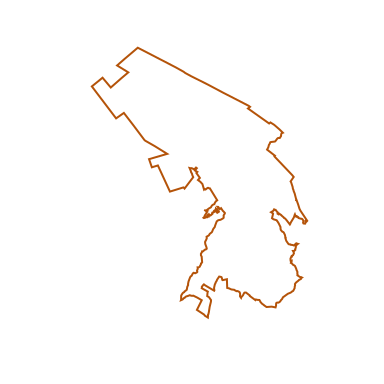 the district of Zarnesti, Buzau, Romania, rotated 206°
{"feature_id": "2599482B98945764171104", "entity_name": "Zarnesti", "entity_type": "district", "adm_level": 2, "iso_a3": "ROU", "parent_name": "Romania", "parent_adm1": "Buzau", "projection": "albers", "projection_center": [26.866, 45.322], "detail": "fine", "context": "isolated", "style": "outline", "palette": "amber", "viewbox_px": 384, "rotation_deg": 206, "n_neighbors": 0, "source": "geoboundaries", "source_scale": "gbopen_adm2", "svg_char_len": 5937}
<svg xmlns="http://www.w3.org/2000/svg" viewBox="0 0 384 384"><g transform="rotate(206 192 192)"><path d="M304.0,297.9L311.0,281.9L314.8,272.9L301.7,271.6L305.4,263.2L310.8,250.3L322.5,255.5L328.3,243.0L292.5,224.9L287.9,233.2L274.4,226.5L257.6,217.9L256.5,217.6L245.6,216.9L231.0,215.4L245.0,202.7L238.9,196.6L234.3,200.9L212.0,182.7L201.9,192.2L201.6,192.4L200.2,191.8L197.4,205.9L198.8,207.0L200.1,208.5L201.5,209.4L202.3,210.4L204.7,212.5L203.8,212.7L202.7,213.3L200.6,213.3L199.5,214.3L199.1,215.7L198.1,215.5L198.8,212.6L196.0,212.4L196.4,211.0L191.1,208.1L191.9,205.4L188.9,204.8L186.1,203.7L182.2,199.4L181.8,200.3L180.9,200.2L180.8,200.4L180.0,202.1L179.7,202.6L179.0,202.9L178.0,202.8L177.5,203.1L165.7,195.6L166.5,194.0L166.7,192.1L166.6,190.9L167.7,189.6L168.2,188.4L168.3,186.5L169.6,184.6L171.2,181.4L172.2,181.3L172.2,181.2L170.8,181.2L170.0,181.4L170.4,180.6L169.7,180.1L170.2,176.6L170.0,174.9L170.4,173.9L169.9,173.8L169.6,174.0L169.3,174.5L168.7,174.8L167.9,176.4L167.7,176.0L167.3,175.9L167.1,176.1L167.2,176.4L168.0,176.7L167.9,177.3L167.5,177.0L167.1,177.0L167.1,177.3L167.5,178.7L167.0,178.1L166.8,177.5L166.6,177.5L167.3,178.7L167.0,178.8L167.0,179.4L166.8,179.3L166.6,178.3L166.3,177.7L165.1,179.5L164.9,179.4L164.1,181.2L164.7,181.8L164.7,182.2L164.3,182.3L164.3,182.7L163.9,182.9L163.5,183.5L163.9,183.8L164.0,184.5L163.9,184.8L163.7,185.2L163.1,185.0L161.7,184.9L161.6,185.1L160.2,184.4L159.7,185.2L159.4,185.7L159.6,185.8L159.4,186.2L159.6,186.3L159.9,186.4L160.3,185.2L162.5,186.2L162.9,186.7L161.5,186.1L161.2,186.1L161.1,186.6L162.2,187.1L162.9,187.2L163.0,186.9L163.1,187.0L163.3,187.6L161.8,187.1L161.2,188.3L160.9,188.8L160.8,189.1L162.4,189.9L161.9,190.1L161.1,189.7L160.9,189.3L160.3,189.3L159.5,188.8L158.8,190.2L156.1,188.6L155.0,188.3L153.2,187.5L153.1,186.7L153.3,185.4L153.3,184.8L152.4,183.1L152.3,182.5L152.8,181.5L154.2,179.5L155.5,178.6L156.2,177.9L156.9,176.4L156.5,172.1L156.2,170.4L156.6,168.7L156.7,167.7L156.5,164.9L156.7,164.2L157.7,162.2L157.8,160.6L158.0,160.1L159.3,158.2L158.5,157.0L158.4,156.7L158.3,154.7L158.4,153.3L158.3,152.7L157.2,151.0L154.7,148.6L153.9,147.5L154.4,146.4L155.0,146.0L156.3,143.2L156.9,143.0L156.7,142.3L156.9,140.4L156.2,139.0L155.0,138.2L152.1,133.3L152.3,132.1L152.6,131.7L152.2,130.6L152.4,129.5L152.3,128.3L152.9,127.3L153.3,126.9L153.9,126.7L153.1,125.3L153.1,123.7L152.3,122.7L152.2,122.4L152.4,121.8L153.6,120.3L155.0,120.2L155.4,119.6L155.6,118.5L155.6,116.6L156.2,115.5L156.3,114.4L155.9,110.1L155.2,107.4L154.7,106.8L154.7,104.8L153.9,102.0L153.9,101.6L155.1,99.3L155.1,98.6L155.8,97.6L156.1,96.6L156.3,94.4L156.2,93.9L154.6,90.5L154.5,89.9L153.4,91.2L153.2,91.6L152.9,92.9L152.2,93.7L152.0,94.6L151.5,95.5L149.9,97.0L148.7,98.3L147.9,98.3L146.4,98.7L145.4,99.4L141.0,99.4L135.8,99.0L135.9,88.2L127.3,87.1L126.3,86.5L122.7,86.1L123.8,88.8L123.7,89.3L124.2,91.4L125.8,96.6L126.9,101.7L127.5,103.2L130.6,104.9L132.7,105.1L133.9,108.3L134.1,109.4L141.1,109.8L141.2,110.5L141.6,111.1L141.2,113.1L140.8,114.2L139.5,113.9L128.8,113.0L128.8,113.5L129.6,114.5L130.2,115.7L131.0,119.1L130.9,120.0L131.1,121.2L130.9,122.8L131.0,124.3L130.5,127.9L129.1,128.3L128.2,128.4L127.3,127.6L126.5,126.6L126.1,126.2L125.8,126.2L122.4,128.9L118.3,121.2L116.1,121.7L115.2,121.6L113.8,121.7L111.2,122.6L110.4,122.4L109.7,122.5L108.7,122.3L107.7,122.9L106.5,123.0L105.3,122.8L104.5,122.1L103.8,121.0L103.2,119.4L102.5,118.9L101.5,118.4L101.6,119.0L100.9,121.5L100.9,123.2L100.8,124.4L100.7,124.6L99.4,125.3L95.1,124.4L94.7,124.3L94.5,123.9L87.6,122.6L87.5,123.4L85.7,123.8L84.1,124.5L82.6,123.5L82.2,123.1L79.8,122.2L78.1,122.0L77.8,121.8L74.6,121.3L70.1,123.9L66.3,124.9L66.7,126.9L67.4,128.3L67.5,129.4L66.9,130.0L65.9,130.4L65.1,131.4L64.7,132.8L64.6,133.9L64.1,135.3L64.1,137.2L61.2,142.6L59.4,144.6L58.7,145.7L58.5,146.4L57.7,147.5L57.6,150.5L58.2,152.0L58.4,153.3L59.1,154.3L59.1,155.0L58.7,156.5L57.5,159.0L57.2,160.0L56.0,161.5L56.0,162.0L56.0,162.8L55.7,163.3L56.8,163.3L57.2,163.0L57.5,162.9L60.7,163.3L60.8,164.0L61.4,164.5L61.5,164.9L61.9,165.4L62.0,166.0L62.5,166.7L63.6,167.5L65.1,169.1L65.7,169.5L66.9,170.6L68.2,170.9L69.0,170.8L70.7,171.5L72.0,171.6L71.9,173.0L72.1,173.3L72.3,173.9L73.0,173.2L73.5,173.8L74.3,175.3L74.4,177.4L74.4,177.9L73.9,177.9L74.0,178.8L73.5,179.5L73.5,181.6L74.3,182.5L75.4,183.3L74.2,184.0L73.8,185.3L74.2,185.6L74.3,187.4L74.9,188.8L74.9,189.2L74.8,189.5L74.6,191.0L74.1,191.8L75.8,191.6L76.2,190.6L76.0,190.2L76.5,189.8L76.9,188.6L78.2,188.5L80.0,187.9L80.3,188.0L80.5,187.8L81.0,187.9L81.9,187.5L82.6,187.6L85.8,189.4L87.7,191.3L87.6,191.8L88.3,192.1L88.6,192.8L89.7,194.2L91.8,195.8L92.4,196.0L93.4,195.9L95.3,196.7L95.8,197.1L96.5,198.1L97.1,199.3L100.3,201.8L102.2,203.0L102.8,203.2L103.2,203.6L103.7,203.7L106.8,203.2L108.6,203.5L109.6,208.0L110.0,208.3L112.1,208.5L110.7,210.7L110.6,212.4L109.4,212.3L109.0,212.6L107.1,211.6L106.3,211.4L105.6,210.0L104.4,209.9L104.4,210.8L101.7,210.4L101.6,210.2L98.2,209.3L97.9,209.0L96.7,209.0L94.6,208.1L89.8,205.7L89.7,206.7L89.9,207.2L89.3,213.8L89.6,216.0L89.7,216.6L89.7,217.0L89.6,216.9L89.4,216.5L88.5,215.9L87.6,216.3L87.1,216.2L87.1,215.8L87.5,215.5L87.3,215.5L85.5,216.0L84.9,215.3L82.5,215.7L81.8,216.0L81.0,216.0L78.9,214.9L79.1,214.5L78.7,213.1L78.1,212.6L77.4,212.7L76.4,213.2L76.6,214.3L76.5,215.6L77.1,216.0L77.2,216.6L76.0,215.9L75.8,216.6L86.1,222.6L88.0,224.0L91.2,227.4L94.8,230.9L95.0,230.7L95.1,231.0L99.1,235.7L101.0,237.4L101.9,238.5L102.7,239.1L103.8,240.7L107.2,244.2L108.0,244.7L107.2,250.1L109.3,251.1L133.5,260.1L133.8,260.4L133.5,261.0L143.1,263.0L143.0,265.6L143.5,268.0L143.3,269.5L143.5,270.9L143.0,271.5L139.6,273.7L139.3,274.4L138.8,277.2L138.5,278.0L137.8,278.6L136.8,279.0L136.5,281.2L137.2,283.2L137.2,284.1L136.3,285.1L140.8,286.6L147.6,288.4L152.0,288.9L152.7,287.4L178.3,291.6L177.2,294.0L178.9,294.3L207.5,294.9L224.7,295.5L243.5,295.7L250.3,296.0L252.2,296.4L261.4,296.9L304.0,297.9Z" fill="none" stroke="#b45309" stroke-width="2"/></g></svg>